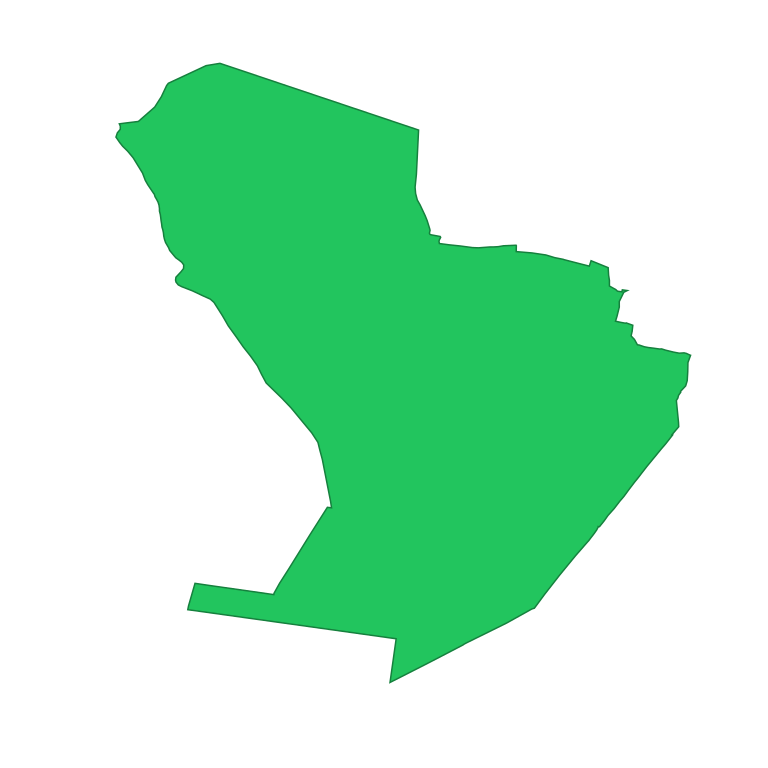 San Pedro Comitancillo, Oaxaca, Mexico (Equal Earth projection), rotated 98°
{"feature_id": "50627088B8871581884513", "entity_name": "San Pedro Comitancillo", "entity_type": "district", "adm_level": 2, "iso_a3": "MEX", "parent_name": "Mexico", "parent_adm1": "Oaxaca", "projection": "equal_earth", "projection_center": [-95.171, 16.462], "detail": "fine", "context": "isolated", "style": "filled", "palette": "green", "viewbox_px": 768, "rotation_deg": 98, "n_neighbors": 0, "source": "geoboundaries", "source_scale": "gbopen_adm2", "svg_char_len": 2858}
<svg xmlns="http://www.w3.org/2000/svg" viewBox="0 0 768 768"><g transform="rotate(98 384 384)"><path d="M158.2,663.8L161.8,677.3L163.2,682.3L165.4,681.0L168.5,680.6L172.4,683.0L176.8,683.8L181.7,679.3L185.0,675.8L189.0,670.4L194.9,663.9L208.7,652.5L215.6,648.7L219.6,645.6L227.6,638.4L227.8,638.0L230.4,636.8L232.8,634.9L235.3,633.1L238.2,631.7L241.4,630.8L244.1,630.4L247.3,629.1L250.5,628.2L253.2,627.5L256.4,626.5L259.5,625.7L262.1,624.5L264.9,623.5L268.1,622.7L271.1,621.6L274.3,620.0L279.1,616.2L281.6,614.8L285.6,610.4L286.7,609.2L288.0,607.7L289.6,604.6L291.6,601.2L294.0,598.9L297.6,598.6L301.2,600.7L303.9,602.6L307.2,604.9L310.1,604.9L312.1,604.1L314.5,601.5L315.8,597.8L318.4,586.7L321.8,575.8L324.1,567.9L326.8,563.8L333.1,558.4L339.1,553.3L348.1,546.3L358.0,536.8L366.9,528.5L375.0,520.0L383.6,511.9L391.5,506.6L399.4,500.8L412.1,483.4L420.5,472.8L425.6,467.2L431.0,461.3L437.3,454.4L442.5,448.7L451.0,441.3L458.5,438.3L467.2,434.6L507.6,420.6L513.9,418.7L514.0,422.9L543.3,436.2L580.4,452.6L595.7,459.6L606.6,463.8L607.9,463.8L607.8,528.8L607.7,543.4L631.0,546.7L634.8,546.9L634.7,477.6L634.6,336.5L678.7,336.5L653.4,300.3L631.3,269.3L630.4,268.4L628.6,265.9L603.5,229.1L586.3,206.4L585.3,204.4L585.1,203.9L569.8,195.6L549.0,183.6L527.5,170.5L512.6,160.8L511.1,159.8L510.9,159.6L508.7,158.4L506.9,157.4L504.9,156.2L504.5,156.0L502.5,154.9L499.0,153.1L496.4,152.2L495.8,151.9L495.4,152.0L495.5,151.2L495.2,150.7L494.5,150.3L489.0,147.0L483.0,143.9L475.4,138.8L467.3,134.2L461.8,130.7L454.7,126.9L445.8,121.9L441.7,119.4L438.9,117.8L436.2,116.3L433.8,114.9L429.4,112.4L409.6,100.3L404.0,96.7L397.1,92.7L394.3,91.1L394.2,91.4L394.2,91.8L385.3,86.2L381.1,87.0L359.6,92.2L356.9,91.0L355.3,90.9L353.9,90.6L350.9,89.0L350.0,89.3L343.9,85.0L338.5,84.2L329.7,84.9L320.5,86.0L312.9,84.4L312.8,85.0L311.6,88.9L311.4,91.2L312.4,95.9L312.1,101.9L311.3,109.8L310.6,113.9L310.8,115.0L311.0,115.7L311.0,122.1L311.1,127.3L310.9,131.4L309.9,136.7L309.9,138.5L305.0,142.2L302.0,146.0L297.3,145.6L291.2,145.8L289.8,152.7L290.2,153.3L290.0,158.3L289.6,163.5L284.7,162.7L275.1,161.7L269.6,162.5L259.8,159.3L257.6,156.1L257.6,161.1L259.0,161.2L259.6,161.2L259.6,165.7L258.3,167.5L255.6,174.4L250.0,175.2L245.7,176.5L245.1,176.7L237.6,178.2L233.1,196.1L238.7,197.1L237.8,205.4L236.6,216.1L235.8,223.0L235.6,223.8L235.1,232.6L233.8,241.0L233.7,241.7L233.6,255.6L234.5,271.5L228.6,272.2L228.2,272.5L230.5,284.9L232.1,290.0L232.9,293.9L233.6,298.4L236.0,309.4L236.6,315.3L236.7,327.6L237.1,338.6L237.2,348.7L235.1,349.4L233.8,349.3L230.9,348.3L230.1,348.9L229.7,358.3L229.3,359.5L228.4,360.0L225.4,359.8L223.8,360.4L216.2,364.0L211.7,366.6L201.6,373.2L197.2,376.6L191.0,379.2L184.8,380.6L171.9,381.1L127.7,385.1L89.3,591.1L93.5,604.5L116.2,639.4L118.7,640.8L129.3,644.1L129.9,644.2L141.7,649.6L158.2,663.8Z" fill="#22c55e" stroke="#15803d" stroke-width="1.5"/></g></svg>